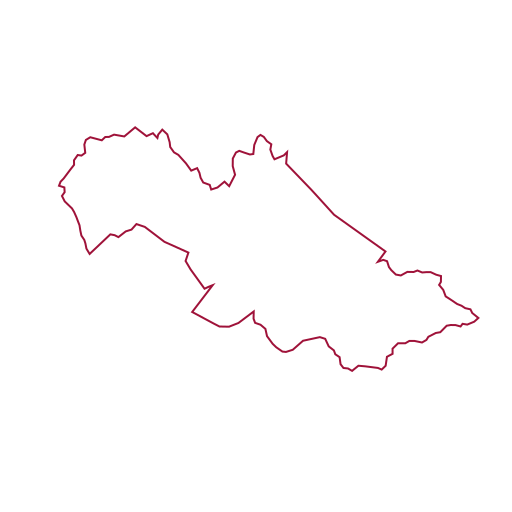 outline of Vale do Sol, Rio Grande do Sul, Brazil, rotated 314°
{"feature_id": "56859067B27359925158084", "entity_name": "Vale do Sol", "entity_type": "district", "adm_level": 2, "iso_a3": "BRA", "parent_name": "Brazil", "parent_adm1": "Rio Grande do Sul", "projection": "robinson", "projection_center": [-52.687, -29.586], "detail": "fine", "context": "isolated", "style": "outline", "palette": "rose", "viewbox_px": 512, "rotation_deg": 314, "n_neighbors": 0, "source": "geoboundaries", "source_scale": "gbopen_adm2", "svg_char_len": 2202}
<svg xmlns="http://www.w3.org/2000/svg" viewBox="0 0 512 512"><g transform="rotate(314 256 256)"><path d="M365.9,459.0L365.2,451.2L366.6,447.3L363.8,442.7L363.0,438.4L361.2,434.0L359.6,424.9L358.7,420.5L361.7,414.2L362.4,407.8L365.8,407.0L370.1,403.0L367.7,398.6L365.7,392.8L362.9,389.9L359.6,387.0L357.7,382.2L354.0,380.5L349.7,375.9L342.6,373.7L339.8,369.5L339.8,363.1L340.4,359.3L343.3,353.9L341.6,350.2L336.5,347.7L349.2,346.0L339.9,283.5L341.6,257.6L342.1,249.4L343.4,213.5L352.3,206.2L347.7,206.1L338.4,202.1L339.5,198.4L342.5,192.4L347.0,189.4L346.2,184.0L347.1,178.9L346.2,175.1L342.6,174.5L334.7,177.6L327.5,183.2L324.8,181.1L321.9,175.1L320.0,170.9L316.5,169.7L310.0,171.6L304.5,176.8L299.9,184.5L287.6,188.2L287.6,181.7L278.5,180.7L272.7,177.6L275.0,173.3L272.2,167.0L273.8,161.8L276.5,157.6L278.3,152.6L272.4,150.1L274.0,141.3L274.8,129.9L273.6,125.0L274.8,118.6L277.9,114.8L281.9,107.7L281.8,100.8L275.4,101.3L272.4,103.1L272.7,96.5L266.2,94.0L264.6,79.7L250.5,78.2L244.7,69.6L239.5,67.5L236.9,64.9L232.1,64.7L226.3,54.3L221.3,53.0L216.9,55.1L211.6,61.5L207.0,60.7L204.8,57.6L198.4,58.6L195.2,61.8L189.4,62.4L178.1,63.8L173.7,63.8L169.7,65.5L172.2,70.5L169.0,74.0L164.4,74.7L162.4,80.5L162.4,86.1L162.4,90.6L161.3,94.6L159.2,99.8L157.3,103.8L155.5,107.7L152.3,111.9L149.4,116.2L148.3,121.3L146.5,124.6L143.5,128.9L141.9,134.9L170.4,136.2L172.8,139.9L174.0,143.9L183.2,145.2L188.5,148.1L195.9,147.8L199.7,155.8L202.6,180.3L211.5,205.0L203.5,208.8L200.9,218.3L196.7,241.7L200.9,243.3L204.9,245.1L171.4,249.0L178.0,272.4L179.9,278.7L186.4,285.7L191.9,288.2L195.6,289.9L214.5,292.9L209.2,297.8L207.3,301.8L209.7,307.0L210.1,313.4L206.0,319.6L204.4,329.0L204.4,333.9L205.6,341.4L207.8,344.2L214.1,347.6L227.7,348.7L242.0,358.3L244.5,363.3L241.5,371.1L242.2,377.6L240.4,381.3L241.3,386.4L236.9,392.0L236.2,396.7L239.0,400.3L240.1,404.9L248.2,405.9L252.5,411.2L260.2,421.5L261.6,425.3L267.1,425.5L274.5,420.2L280.5,422.2L284.2,418.6L291.9,418.8L296.9,424.0L301.4,425.3L305.0,429.0L309.1,435.5L314.0,436.9L317.6,436.1L325.5,438.8L329.2,441.5L338.3,441.6L341.6,444.0L344.9,447.5L347.4,452.1L350.7,451.7L353.4,455.6L360.3,458.6L365.9,459.0Z" fill="none" stroke="#9f1239" stroke-width="2"/></g></svg>